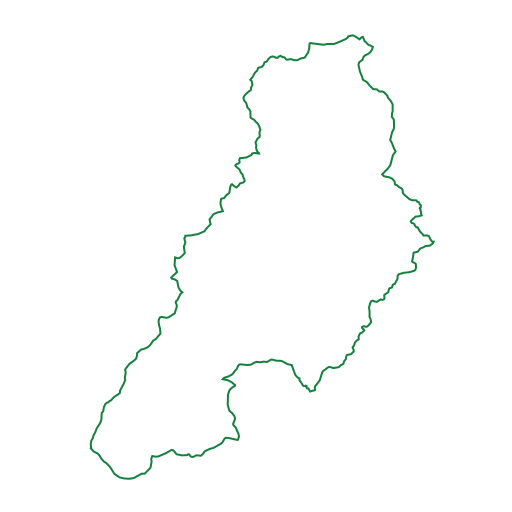 Jigmichhoeling, Geylegphug, Bhutan, rotated 266°
{"feature_id": "84629894B47212795309211", "entity_name": "Jigmichhoeling", "entity_type": "district", "adm_level": 2, "iso_a3": "BTN", "parent_name": "Bhutan", "parent_adm1": "Geylegphug", "projection": "orthographic", "projection_center": [90.525, 27.083], "detail": "fine", "context": "isolated", "style": "outline", "palette": "green", "viewbox_px": 512, "rotation_deg": 266, "n_neighbors": 0, "source": "geoboundaries", "source_scale": "gbopen_adm2", "svg_char_len": 6074}
<svg xmlns="http://www.w3.org/2000/svg" viewBox="0 0 512 512"><g transform="rotate(266 256 256)"><path d="M46.6,129.8L52.2,136.0L58.2,137.5L60.8,137.3L63.7,138.6L62.8,141.9L62.9,144.7L65.9,153.1L68.5,158.4L68.2,159.4L66.9,160.7L63.8,162.9L62.3,168.1L62.2,173.5L62.9,174.4L62.9,175.4L60.8,176.6L60.1,177.9L60.0,179.8L61.1,181.7L61.3,183.2L60.6,187.1L62.5,189.6L64.7,191.1L66.8,196.4L67.6,200.3L71.1,207.7L72.5,209.5L76.0,211.9L76.7,213.0L76.5,215.7L74.1,223.5L73.8,224.7L74.1,225.3L77.1,226.4L79.4,226.2L86.3,223.8L88.8,221.7L90.0,221.4L95.0,223.8L97.5,223.4L100.8,221.4L103.1,219.0L104.0,218.5L109.6,217.4L119.6,218.4L123.9,220.1L125.9,222.2L128.0,226.0L128.6,226.2L131.8,222.9L134.0,219.3L135.4,214.3L136.7,215.6L137.8,220.1L139.2,223.4L140.6,225.1L143.2,227.2L144.4,228.8L147.4,230.3L148.7,231.4L149.0,233.4L147.9,239.3L147.9,243.0L148.4,244.4L149.4,246.1L150.4,249.2L149.7,252.6L150.1,256.3L149.5,259.6L151.6,263.8L151.4,265.4L150.2,268.7L149.6,273.8L149.0,275.1L145.9,279.9L144.7,284.0L134.6,286.9L131.8,289.1L130.8,290.9L129.1,290.6L126.7,292.2L123.5,293.8L122.9,294.7L122.8,296.0L123.2,296.6L122.9,297.3L120.9,297.3L120.5,297.5L120.2,299.1L117.0,300.5L117.5,302.1L117.9,305.1L118.4,305.7L120.5,305.4L122.2,306.0L123.9,307.8L127.5,310.9L135.2,313.9L136.4,314.7L140.1,320.5L140.2,321.8L138.8,325.5L139.3,330.5L139.6,331.2L141.2,333.0L142.2,335.6L144.8,336.5L146.8,338.4L149.8,339.1L150.7,339.6L151.1,340.5L151.2,342.7L151.6,344.1L154.0,346.8L155.6,346.9L157.8,346.0L158.6,346.2L159.8,347.6L162.5,348.5L164.4,350.3L165.8,352.7L168.6,352.7L171.4,354.3L172.5,356.9L174.3,358.8L174.9,358.7L176.7,356.9L177.4,356.7L178.0,357.1L178.5,358.5L177.7,360.7L177.9,362.0L179.0,363.5L181.9,366.2L185.1,365.9L187.2,365.0L192.4,365.4L197.0,365.2L201.5,366.8L203.0,368.0L203.2,368.5L203.2,369.7L202.1,371.9L201.8,373.3L204.0,377.3L203.4,379.1L203.9,380.6L204.3,381.0L205.9,381.3L207.4,381.1L208.4,381.4L210.6,385.4L213.4,386.2L214.5,386.9L215.1,389.4L217.6,390.4L218.1,391.1L218.5,392.5L223.4,395.6L226.1,395.8L227.8,397.1L229.0,402.3L229.1,407.6L230.2,412.8L230.8,413.7L232.1,414.5L233.7,414.9L237.0,414.8L238.1,413.7L239.0,411.8L239.9,411.3L242.9,412.3L248.1,413.4L248.4,413.8L249.0,417.5L249.6,418.3L251.7,420.0L252.2,420.9L253.1,423.9L254.1,425.8L254.2,430.0L255.8,432.8L256.5,433.5L257.9,434.2L258.0,432.9L258.8,432.2L260.6,431.1L263.6,430.0L264.6,428.2L264.7,424.5L266.1,423.8L268.9,421.3L273.2,419.3L273.6,417.8L274.8,417.0L277.0,416.0L277.7,414.9L278.0,413.7L279.6,412.8L280.6,413.4L284.2,418.0L284.2,420.9L285.0,424.1L287.1,423.6L288.2,423.8L289.9,423.2L290.6,423.4L292.3,422.6L292.9,423.1L292.9,423.7L295.1,424.0L296.2,422.9L298.2,422.3L299.1,420.4L300.3,419.9L300.8,415.2L302.4,412.6L306.6,408.3L308.0,407.3L309.4,406.8L311.1,407.0L312.7,406.3L313.8,405.1L314.6,403.6L316.6,401.8L317.3,400.1L317.7,399.7L320.7,399.4L323.7,397.2L325.3,394.2L326.5,389.4L328.6,387.5L334.5,394.1L336.9,396.2L346.9,399.6L348.2,400.5L349.7,402.0L350.6,402.5L353.5,401.2L359.1,399.5L362.4,398.0L370.0,400.4L373.2,402.3L374.7,402.7L382.1,403.0L383.1,402.7L385.3,401.2L388.4,401.6L390.9,402.4L397.8,402.9L401.6,401.0L405.0,398.5L406.7,398.3L410.6,394.9L411.4,393.5L411.3,391.4L411.6,390.4L413.8,388.2L414.3,384.5L418.7,380.8L421.4,379.1L424.5,374.9L427.6,374.3L432.6,372.6L438.9,371.6L440.4,371.7L442.3,372.7L444.3,375.9L447.1,377.2L448.3,378.3L449.9,382.2L451.4,384.3L453.5,386.0L456.3,387.2L458.1,384.7L458.5,383.4L459.4,382.3L462.0,380.3L462.5,379.4L467.1,377.9L467.1,377.3L466.6,376.2L464.9,374.4L468.4,369.9L469.4,367.9L468.8,363.8L468.6,363.2L467.2,362.5L466.1,360.5L463.5,353.4L462.1,348.4L462.5,342.4L462.1,338.4L462.3,336.5L464.6,325.0L464.1,324.2L459.4,323.6L455.2,322.1L450.8,318.6L450.4,318.1L450.0,314.6L448.4,310.6L448.7,307.6L449.9,304.9L450.0,303.3L449.6,301.5L449.8,300.0L452.3,298.1L452.5,296.4L454.0,294.4L453.2,292.3L452.2,291.3L452.3,289.7L453.1,288.7L453.9,286.8L453.6,284.6L451.9,282.3L449.2,280.3L448.7,278.1L445.6,276.6L444.1,274.7L443.8,272.2L443.2,271.0L440.8,270.2L439.8,268.7L438.2,267.2L434.8,265.1L432.2,262.6L430.5,264.0L426.9,264.3L424.4,262.9L422.3,262.5L421.6,262.2L420.7,260.3L418.2,257.1L416.7,255.6L414.7,254.5L412.3,254.8L409.4,256.9L404.7,257.8L403.1,259.3L400.7,260.5L394.3,260.2L391.7,264.0L389.5,265.4L388.6,266.5L386.1,267.9L381.8,269.2L379.3,268.1L375.8,268.1L374.4,267.8L373.9,266.8L372.4,265.3L369.2,263.4L366.5,264.1L364.2,263.6L361.6,264.0L360.0,264.7L358.5,266.1L357.9,266.2L359.0,261.5L358.4,259.1L357.2,258.7L354.9,253.2L354.7,246.8L352.9,246.0L350.5,246.2L349.4,244.7L349.2,243.5L348.5,242.2L347.9,241.7L347.1,241.9L343.4,245.6L340.1,246.7L338.4,248.2L335.0,248.9L333.2,249.8L331.4,249.9L330.3,248.6L329.4,244.9L327.6,243.7L325.7,241.2L327.3,239.0L329.2,237.2L329.2,236.6L328.6,236.0L326.3,235.0L321.8,234.0L320.6,233.5L318.7,230.6L315.9,228.2L315.7,225.9L315.2,225.1L310.9,224.2L308.1,224.5L303.0,226.1L302.1,220.6L300.9,217.0L300.0,215.9L295.6,212.2L290.9,212.9L286.8,208.4L284.3,206.3L281.8,199.5L281.5,195.4L281.1,193.3L281.1,186.9L279.8,186.7L279.1,185.9L278.2,185.7L274.1,186.5L270.5,184.7L263.8,185.1L260.8,181.7L259.3,179.4L259.2,177.7L260.2,175.2L252.6,174.1L245.5,176.1L241.8,171.5L240.2,169.9L239.3,170.3L238.6,172.8L236.6,175.7L233.5,176.0L229.4,176.7L226.4,178.4L224.9,180.0L223.2,177.8L217.4,174.5L216.6,173.2L215.2,172.6L212.8,173.5L210.8,173.4L204.5,170.9L200.9,164.4L200.6,162.3L201.8,157.7L201.5,155.9L199.0,154.5L196.6,154.2L192.5,154.7L190.3,155.2L185.3,155.3L180.1,150.2L178.8,147.6L174.3,144.0L172.9,142.2L171.3,138.4L170.7,134.9L167.5,130.7L164.7,130.3L161.7,129.0L159.6,126.2L157.3,122.3L153.1,118.5L151.7,117.5L148.8,117.9L143.5,116.6L141.4,116.9L137.3,114.8L131.0,110.9L128.9,110.7L127.3,108.4L125.2,104.5L122.0,101.2L121.5,99.7L120.4,98.5L120.0,96.9L118.8,95.4L116.1,93.8L111.7,92.7L110.1,91.1L104.6,90.5L102.3,89.9L99.1,88.1L94.9,84.9L91.0,83.2L88.8,81.6L85.4,80.4L83.5,78.9L79.5,78.0L75.9,78.2L75.7,77.8L72.2,80.5L70.3,83.9L69.3,84.9L67.1,86.4L64.9,87.4L61.5,90.0L59.9,92.2L55.8,95.6L48.5,99.6L44.9,104.1L43.3,108.8L42.6,114.4L43.0,118.5L46.8,126.8L46.6,129.8Z" fill="none" stroke="#15803d" stroke-width="2"/></g></svg>